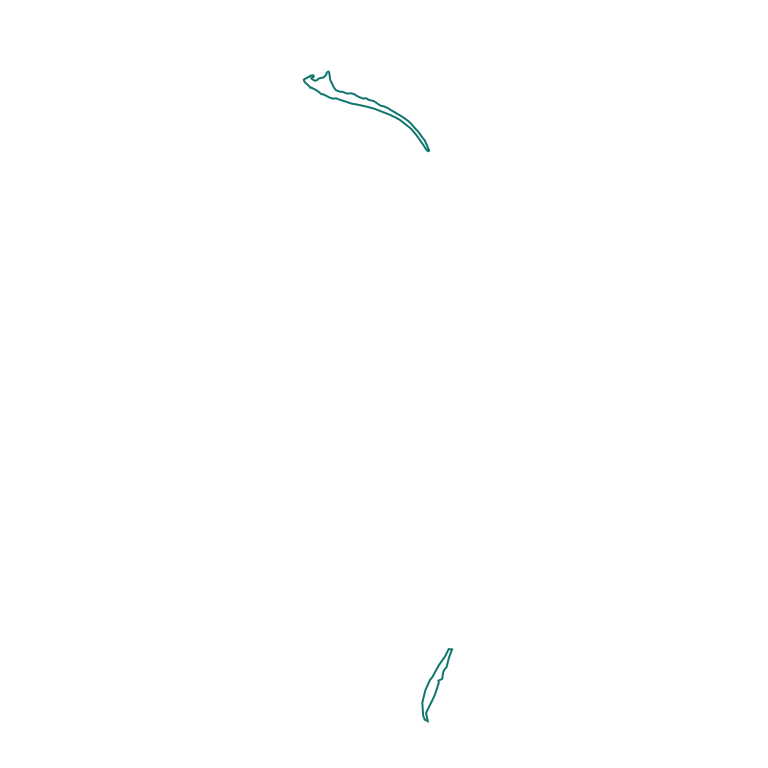 the district of Funafala, Tuvalu, rotated 138°
{"feature_id": "33948139B32530222463199", "entity_name": "Funafala", "entity_type": "district", "adm_level": 2, "iso_a3": "TUV", "parent_name": "Tuvalu", "parent_adm1": "", "projection": "mercator", "projection_center": [179.105, -8.593], "detail": "fine", "context": "isolated", "style": "outline", "palette": "teal", "viewbox_px": 768, "rotation_deg": 138, "n_neighbors": 0, "source": "geoboundaries", "source_scale": "gbopen_adm2", "svg_char_len": 2579}
<svg xmlns="http://www.w3.org/2000/svg" viewBox="0 0 768 768"><g transform="rotate(138 384 384)"><path d="M228.9,628.7L228.3,628.2L227.8,627.1L227.2,625.8L226.6,624.8L220.4,614.0L216.3,608.7L211.9,602.6L206.7,594.6L206.1,593.2L205.3,591.7L201.2,583.6L200.1,581.5L197.1,574.3L195.7,570.3L195.1,567.4L194.2,562.5L193.1,555.5L193.4,547.1L195.0,533.9L195.7,530.5L195.7,529.0L195.6,528.0L195.4,527.4L194.9,527.2L194.4,527.2L194.0,527.6L193.8,528.1L193.8,528.8L193.5,529.5L193.3,530.6L192.8,531.3L192.6,531.7L192.2,532.9L192.0,533.6L191.8,535.0L191.4,535.8L191.2,536.4L190.9,537.0L190.8,537.7L190.7,538.4L190.7,539.2L190.6,540.1L190.6,540.9L190.0,546.2L189.7,549.4L189.9,552.9L189.7,559.9L190.2,564.3L192.0,571.7L193.2,575.5L195.6,583.0L196.0,584.5L196.5,586.4L198.4,590.7L199.1,591.3L200.1,592.8L200.8,595.0L202.1,600.7L204.7,604.7L205.7,606.5L205.6,607.4L206.7,608.9L208.2,609.7L208.9,610.8L209.8,612.6L210.6,614.2L211.4,616.3L212.1,619.1L213.5,621.5L215.1,623.0L216.5,624.0L217.6,625.4L218.5,627.3L219.3,628.9L220.6,630.1L221.7,631.7L222.1,632.4L222.4,632.9L222.8,633.8L223.0,634.8L223.0,636.1L222.8,637.4L222.7,638.6L222.0,640.6L221.6,641.8L220.9,644.6L220.4,646.1L219.6,647.5L218.6,648.6L218.0,649.7L217.6,650.3L217.4,650.6L216.9,651.4L216.5,651.8L216.4,651.9L216.3,652.4L216.2,652.8L216.1,653.2L216.4,653.4L216.9,653.6L217.3,653.6L217.9,653.6L218.7,653.4L219.8,652.6L220.5,652.5L221.6,652.3L222.6,652.3L224.0,652.4L225.2,653.0L225.8,653.4L226.8,654.0L228.0,654.6L229.1,654.7L230.3,654.7L231.2,654.9L231.9,655.3L232.5,655.9L232.9,656.9L233.1,657.7L233.4,658.5L233.5,659.2L233.3,659.8L232.9,660.0L232.4,659.9L231.9,659.8L231.2,659.4L230.5,659.5L230.2,659.9L230.0,660.3L230.1,660.8L230.5,661.1L231.1,661.6L232.1,662.2L233.1,662.3L234.3,662.4L235.3,662.9L236.6,663.1L237.6,663.3L238.6,663.7L239.9,663.8L240.4,663.0L240.7,662.2L240.8,661.3L240.8,660.1L240.8,659.1L240.6,658.5L240.5,657.5L240.4,656.5L240.4,655.5L240.3,654.4L240.4,653.8L240.5,653.3L240.2,653.2L239.8,653.0L239.4,652.6L239.4,651.9L239.2,651.6L238.8,650.3L238.3,649.4L238.0,648.4L237.7,647.4L237.4,646.3L237.2,645.2L237.0,643.6L236.7,642.2L236.6,641.4L236.3,640.8L235.9,640.6L235.6,640.4L235.2,639.6L232.8,633.4L232.2,631.9L231.4,631.0L230.5,629.8L229.7,629.3L228.9,628.7ZM576.2,105.7L572.9,111.4L562.1,115.7L554.5,118.8L543.3,125.2L542.1,127.1L538.1,125.9L532.7,130.3L530.3,131.3L527.0,131.7L518.9,137.1L511.0,141.2L513.3,143.7L520.9,140.7L531.1,138.4L540.4,135.2L543.8,133.9L547.8,133.3L558.3,128.7L568.8,121.5L576.8,111.4L578.3,107.3L577.1,104.2L576.2,105.7Z" fill="none" stroke="#0f766e" stroke-width="2"/></g></svg>